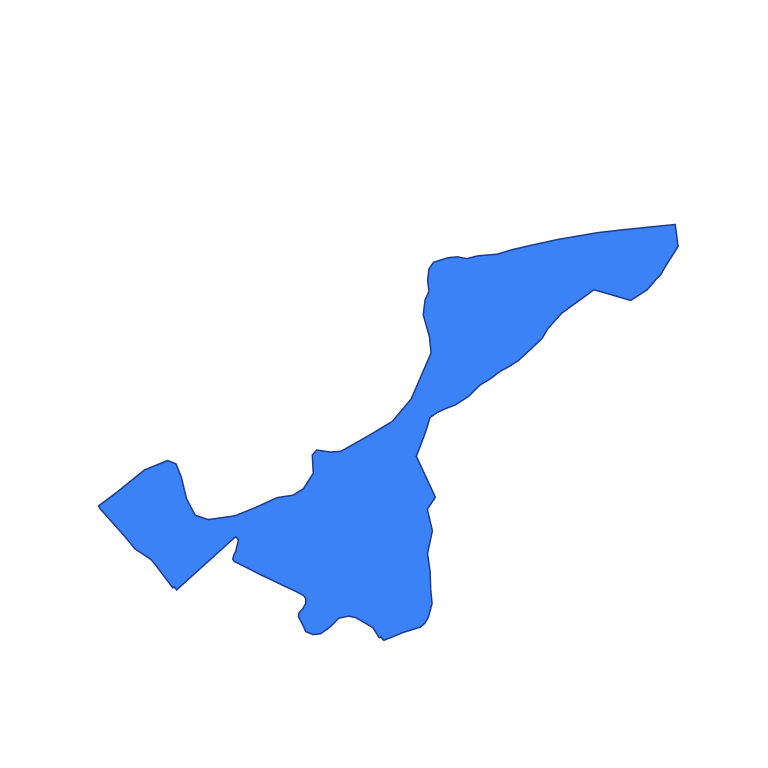 Saraf Omra, Western Darfur, Sudan, rotated 299°
{"feature_id": "16777658B82122608499404", "entity_name": "Saraf Omra", "entity_type": "district", "adm_level": 2, "iso_a3": "SDN", "parent_name": "Sudan", "parent_adm1": "Western Darfur", "projection": "orthographic", "projection_center": [23.394, 13.638], "detail": "fine", "context": "isolated", "style": "filled", "palette": "blue", "viewbox_px": 768, "rotation_deg": 299, "n_neighbors": 0, "source": "geoboundaries", "source_scale": "gbopen_adm2", "svg_char_len": 3495}
<svg xmlns="http://www.w3.org/2000/svg" viewBox="0 0 768 768"><g transform="rotate(299 384 384)"><path d="M139.0,193.4L138.9,193.6L138.6,194.1L138.4,194.5L138.1,194.9L137.3,196.2L137.1,196.5L135.5,201.2L133.5,206.8L131.4,212.8L130.7,215.0L130.2,216.5L129.6,218.0L127.3,224.5L127.0,225.6L126.2,227.8L125.3,230.4L125.2,230.6L124.7,231.8L123.9,233.9L122.8,236.7L120.6,242.3L119.1,245.9L117.6,264.2L117.5,265.3L115.1,271.7L113.0,276.3L103.3,298.1L104.9,298.7L103.3,302.5L103.8,302.6L178.1,328.1L178.1,328.4L178.2,328.7L178.2,328.9L178.2,329.6L178.1,329.9L176.9,332.4L165.7,335.4L163.6,335.5L161.4,335.6L157.3,336.7L156.3,339.1L156.4,342.5L156.5,342.8L156.5,344.2L156.5,345.4L156.9,355.7L157.2,365.5L157.2,366.2L157.3,368.8L157.3,369.4L157.7,373.6L157.9,375.6L158.1,379.5L158.1,379.9L158.5,387.1L158.9,394.1L159.1,396.4L159.7,405.4L159.9,412.4L159.9,413.5L159.9,413.9L159.9,414.5L160.0,416.2L158.4,419.6L154.1,421.9L147.8,421.9L142.9,420.6L139.1,421.9L137.3,424.6L136.2,426.2L134.6,428.6L133.0,431.1L132.6,431.6L131.2,433.3L130.2,434.7L129.5,435.7L129.6,436.4L129.8,438.3L129.9,439.0L130.0,439.4L130.0,439.7L130.0,440.0L130.1,440.5L130.1,440.8L130.2,441.4L130.2,441.7L130.3,442.1L130.4,442.7L130.4,443.0L130.4,443.3L130.5,443.5L134.7,449.5L140.9,452.6L142.7,453.5L143.4,453.8L145.0,454.4L145.4,454.6L146.5,455.0L157.2,458.0L163.8,465.5L166.0,472.7L166.0,473.5L165.5,492.4L159.8,502.7L161.0,503.9L161.4,504.0L159.8,507.1L160.2,507.5L159.8,508.2L163.3,511.0L165.2,512.6L165.4,512.8L168.2,515.0L169.5,516.0L170.2,516.6L171.3,517.5L173.4,519.2L173.9,519.6L174.1,519.7L176.0,521.2L180.3,525.4L182.6,527.5L185.3,530.1L189.1,533.8L189.3,533.8L190.7,534.3L191.4,534.6L191.8,534.7L192.0,534.8L192.8,535.1L193.1,535.2L193.6,535.4L193.8,535.5L194.0,535.5L194.7,535.8L197.7,535.8L201.8,535.8L207.1,534.5L215.3,532.5L225.4,525.5L226.9,524.5L242.4,515.2L256.9,504.2L268.9,500.6L279.0,497.5L282.6,494.3L289.6,487.9L295.5,482.6L309.9,483.8L336.5,447.3L345.9,446.0L355.4,444.7L361.4,443.7L367.5,442.6L372.2,441.5L376.8,440.4L380.7,442.3L384.6,444.2L388.5,447.0L392.4,449.9L396.2,453.1L399.9,456.3L406.9,460.1L414.0,463.9L421.9,466.2L429.9,468.6L434.4,471.2L438.8,473.8L443.1,475.8L447.5,477.7L452.3,480.0L455.5,482.1L458.8,484.3L464.0,487.1L469.3,490.0L476.8,492.5L484.2,495.0L492.3,497.6L500.5,500.2L506.0,500.3L511.5,500.4L521.8,502.7L532.1,505.1L546.9,512.0L556.4,516.5L561.7,518.9L568.2,521.8L570.1,530.0L574.1,547.9L575.0,551.9L576.7,559.2L581.6,561.9L585.3,563.9L590.4,566.6L593.9,568.5L604.0,570.6L608.2,571.4L608.9,571.6L609.2,571.6L609.3,571.7L609.9,571.9L610.9,572.2L611.3,572.3L612.1,572.6L613.1,572.9L613.3,573.0L613.5,573.1L615.6,573.1L618.8,573.1L622.2,573.1L624.1,573.2L629.9,573.5L635.5,573.9L643.0,574.3L644.3,574.4L646.7,574.6L646.9,574.5L647.2,574.3L648.0,573.7L649.2,572.8L650.1,572.1L651.5,571.1L655.8,568.0L661.2,564.0L662.0,563.3L664.5,561.5L664.7,561.4L653.5,545.2L650.3,540.5L643.4,530.7L635.3,518.9L631.4,513.5L630.3,512.0L620.2,497.8L595.2,466.5L579.2,448.3L578.4,447.3L563.5,430.8L552.5,420.2L541.7,404.1L533.7,395.5L530.8,386.5L525.4,378.7L514.5,368.3L506.5,367.5L495.6,372.0L486.9,378.4L477.5,379.1L463.5,384.8L447.4,400.8L434.0,410.1L384.0,415.0L355.3,409.4L331.4,395.6L304.2,378.9L298.4,369.9L293.7,357.2L287.1,355.7L271.6,365.4L253.4,364.3L242.6,358.3L232.8,345.6L213.6,331.4L196.5,317.6L180.2,296.0L177.7,282.5L187.9,266.9L204.2,252.0L213.3,240.8L212.2,231.8L192.6,216.1L188.7,214.5L158.6,202.3L141.8,194.7L139.0,193.4Z" fill="#3b82f6" stroke="#1e3a8a" stroke-width="1.5"/></g></svg>